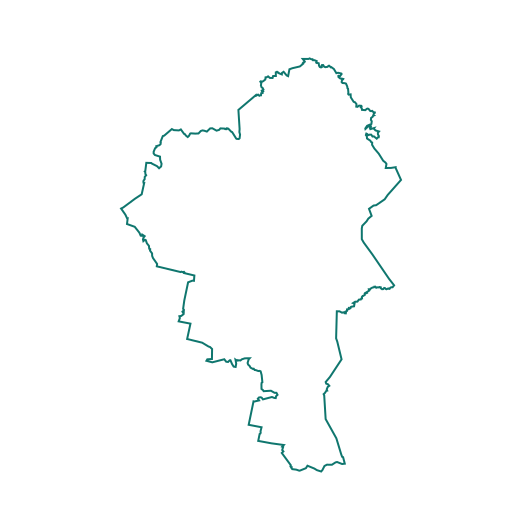 Bērzaunes pag., Madona, Latvia, rotated 280°
{"feature_id": "27541924B65534695905374", "entity_name": "Bērzaunes pag.", "entity_type": "district", "adm_level": 2, "iso_a3": "LVA", "parent_name": "Latvia", "parent_adm1": "Madona", "projection": "orthographic", "projection_center": [25.995, 56.836], "detail": "fine", "context": "isolated", "style": "outline", "palette": "teal", "viewbox_px": 512, "rotation_deg": 280, "n_neighbors": 0, "source": "geoboundaries", "source_scale": "gbopen_adm2", "svg_char_len": 6125}
<svg xmlns="http://www.w3.org/2000/svg" viewBox="0 0 512 512"><g transform="rotate(280 256 256)"><path d="M66.9,379.5L73.0,376.7L73.2,375.7L75.4,374.4L90.4,366.8L107.5,352.9L130.5,347.4L131.7,346.6L133.0,347.6L135.5,348.7L135.8,349.5L137.1,348.8L139.6,349.4L140.9,350.7L142.2,349.1L142.5,347.3L144.0,346.5L149.7,349.8L169.1,358.2L185.8,350.9L188.8,349.2L215.6,345.2L216.0,347.9L215.1,350.6L215.7,351.7L215.7,352.6L215.0,353.1L215.1,354.4L216.0,354.4L216.8,353.8L217.8,355.2L219.2,354.9L219.6,356.3L220.9,356.4L220.8,357.1L220.4,357.3L221.0,358.1L222.1,358.1L222.6,358.7L223.5,361.3L226.6,361.3L226.3,360.7L226.5,359.8L228.2,361.6L228.7,363.8L230.9,364.9L231.4,366.8L232.3,367.0L232.6,367.8L234.1,367.4L235.2,368.0L235.3,368.5L236.6,369.9L237.7,369.6L238.2,370.5L238.6,370.1L239.4,371.1L239.3,371.8L240.0,371.7L241.5,373.4L242.8,372.9L242.9,374.2L243.7,374.4L245.2,376.2L245.6,377.5L246.3,377.8L246.2,378.3L246.5,378.8L245.6,379.9L246.2,380.7L246.2,381.7L246.9,383.0L246.8,384.3L246.0,384.3L245.2,385.9L245.5,387.0L246.8,387.8L246.7,388.8L246.1,389.4L245.9,390.2L247.0,391.9L246.7,392.8L246.8,393.2L247.8,393.6L248.7,394.6L248.9,395.9L251.1,397.1L256.7,390.9L277.7,370.4L287.9,359.8L290.9,357.3L301.5,355.4L304.2,355.4L309.4,358.9L312.3,360.1L315.6,362.9L322.1,359.1L326.1,363.0L326.9,365.5L334.2,372.9L339.0,375.1L356.1,385.6L367.0,378.2L367.7,378.1L366.2,373.7L365.2,368.5L369.3,368.5L370.5,367.3L371.9,364.7L378.1,359.1L382.4,353.9L385.7,351.0L387.9,350.7L388.3,349.5L389.4,348.6L391.0,344.9L393.1,344.4L394.2,343.2L395.7,343.4L395.5,344.2L394.6,345.7L395.3,347.0L395.5,348.4L393.9,350.0L394.3,351.3L392.5,354.5L394.0,355.4L394.2,356.2L395.4,356.2L396.9,355.0L398.5,354.6L400.0,355.5L400.4,351.9L401.9,349.8L402.5,350.1L400.8,346.6L401.9,345.9L403.2,346.8L404.2,346.2L403.3,344.1L400.1,341.7L400.6,341.5L403.5,342.8L405.1,345.2L405.5,346.4L406.0,346.7L408.8,346.6L410.0,345.5L412.0,345.4L413.5,346.8L414.6,347.0L414.9,347.6L415.1,347.1L416.6,347.3L417.5,348.1L418.0,348.1L418.1,346.6L419.1,345.2L418.7,344.4L418.6,343.4L420.3,341.4L420.6,340.5L420.2,339.6L418.6,338.3L418.3,335.0L419.9,334.5L420.6,333.4L421.8,334.0L422.2,333.6L422.0,331.4L420.5,330.0L420.5,328.8L423.0,328.6L424.6,326.8L424.8,325.4L428.7,321.8L431.6,321.1L431.0,319.2L431.6,318.6L433.0,318.6L436.7,317.6L437.0,317.0L438.8,316.4L441.4,314.7L441.6,313.5L441.4,311.1L442.2,310.1L444.4,310.2L445.1,311.1L445.5,311.2L445.6,309.6L445.4,308.3L446.5,306.2L447.6,305.8L447.8,306.0L447.5,306.9L447.7,307.5L450.1,308.7L450.5,308.4L450.7,305.0L450.0,303.4L453.7,300.2L455.1,297.3L454.8,296.9L456.1,295.0L455.9,294.4L454.7,293.6L454.0,291.5L454.3,290.2L455.7,289.0L455.5,287.8L454.8,287.5L453.5,288.0L453.0,287.3L453.2,286.0L454.4,285.0L456.7,284.3L456.8,282.8L456.6,282.4L456.9,281.7L458.5,281.9L459.0,279.6L458.7,278.1L459.6,277.5L459.3,276.5L459.9,274.5L459.2,273.5L458.2,267.8L456.0,270.3L455.6,270.2L454.8,269.0L454.0,268.6L453.6,269.1L450.3,266.3L447.3,259.3L445.7,256.5L438.7,256.4L439.1,254.9L442.2,251.2L440.8,249.8L439.3,249.9L440.1,246.2L440.5,246.2L441.1,244.7L440.3,243.6L436.7,244.3L436.2,241.6L434.2,241.4L433.8,238.7L435.0,236.7L433.8,235.4L433.6,234.4L431.4,234.5L429.7,233.0L428.7,231.9L428.9,230.4L428.5,230.0L426.9,231.2L424.9,231.2L423.1,232.2L422.6,233.4L421.2,234.4L419.8,232.9L419.3,233.2L419.2,233.6L419.7,234.0L419.4,234.5L418.6,234.0L417.7,234.2L417.2,232.9L415.1,233.0L414.8,231.8L414.4,231.4L415.3,230.0L413.9,228.3L414.5,228.0L396.8,213.3L378.2,217.8L375.2,218.1L372.8,219.2L369.1,219.4L368.2,218.7L368.0,216.7L368.2,216.1L373.9,211.0L374.0,210.2L376.6,206.6L376.7,205.6L376.0,205.2L376.4,204.6L375.7,204.1L375.6,203.5L376.0,202.8L375.5,198.8L373.8,197.8L372.6,195.4L374.2,190.8L373.7,188.7L370.0,186.0L370.4,183.3L370.4,181.5L369.5,179.9L366.7,178.1L366.0,175.0L365.5,170.6L365.1,169.9L362.8,169.2L361.3,168.1L362.4,166.1L363.7,164.7L363.7,164.1L364.4,163.3L367.6,160.0L366.3,158.3L365.7,153.2L366.4,151.1L358.6,144.7L357.9,143.4L351.6,142.1L351.3,142.5L349.6,142.6L348.3,141.6L346.8,138.7L345.8,139.1L344.6,137.9L340.9,137.1L339.2,137.4L337.9,138.9L337.2,144.2L334.1,144.9L330.4,147.0L327.7,147.0L325.6,145.3L327.3,142.9L328.9,137.5L329.4,136.7L328.7,131.8L320.6,132.2L319.9,131.8L319.6,132.3L317.4,132.9L316.5,133.8L314.6,132.7L312.2,133.0L310.8,132.2L309.4,132.2L308.0,132.8L308.2,133.2L296.9,132.7L291.4,126.9L280.7,116.8L279.3,114.9L274.0,120.2L270.3,122.8L270.5,123.1L265.1,123.4L263.7,131.5L258.7,137.1L256.0,138.9L256.1,140.3L257.3,140.3L256.2,142.9L254.5,142.0L252.7,141.8L251.1,142.5L252.7,143.8L252.5,144.7L249.6,146.3L247.4,148.8L244.6,149.6L244.4,150.6L242.9,150.7L240.5,153.2L238.1,153.7L236.1,154.9L231.0,160.0L228.6,160.1L227.1,184.6L227.6,185.2L227.4,186.8L227.9,187.8L227.3,188.5L226.7,188.3L226.1,198.7L220.8,199.2L220.7,197.7L218.3,193.7L199.7,193.1L191.3,193.4L190.6,194.3L189.2,194.5L188.9,194.1L188.9,193.5L188.4,193.2L187.4,194.1L187.4,194.7L186.2,194.8L184.0,192.8L183.4,191.0L181.7,191.8L178.2,191.2L178.0,203.2L162.3,202.6L161.3,218.0L158.6,225.0L158.4,226.5L156.8,228.9L146.9,230.5L145.8,226.0L144.2,225.4L143.7,231.4L148.8,242.7L146.7,245.0L146.8,246.9L148.7,248.2L148.9,248.9L145.4,251.2L143.2,253.2L143.2,255.2L146.5,255.2L150.4,253.8L149.8,255.1L150.2,255.5L149.8,256.3L150.3,257.0L150.4,258.8L151.8,260.0L153.3,262.8L154.2,267.5L152.9,266.7L149.2,266.3L147.7,267.1L146.6,268.8L145.1,270.0L144.2,272.7L144.6,273.3L143.5,274.5L143.6,275.6L143.1,278.3L143.5,279.6L143.2,280.6L139.8,282.2L132.8,284.2L132.2,283.6L130.8,283.6L126.0,284.5L125.1,286.2L124.2,287.0L125.9,294.1L124.5,298.0L124.8,299.9L123.0,301.3L121.4,300.1L119.5,300.1L119.4,298.7L119.9,296.2L116.0,287.7L117.4,286.3L117.7,285.2L117.2,283.5L115.8,282.6L114.3,284.1L112.3,279.4L112.4,278.8L88.5,278.1L88.3,291.2L84.2,290.9L82.7,291.3L81.9,291.1L81.4,290.5L74.3,290.3L74.2,303.7L74.7,316.2L72.7,314.9L72.5,315.9L69.5,315.5L68.3,316.9L66.5,315.6L56.0,326.6L54.9,326.4L54.4,326.8L54.2,327.8L53.5,327.6L52.4,328.7L52.6,332.7L52.1,335.9L52.4,336.7L55.7,342.0L58.4,343.1L56.8,350.4L55.7,353.1L55.1,357.6L56.8,358.6L61.1,359.9L62.8,362.1L63.6,367.0L66.5,370.1L67.2,371.6L66.1,376.9L66.9,379.5Z" fill="none" stroke="#0f766e" stroke-width="2"/></g></svg>